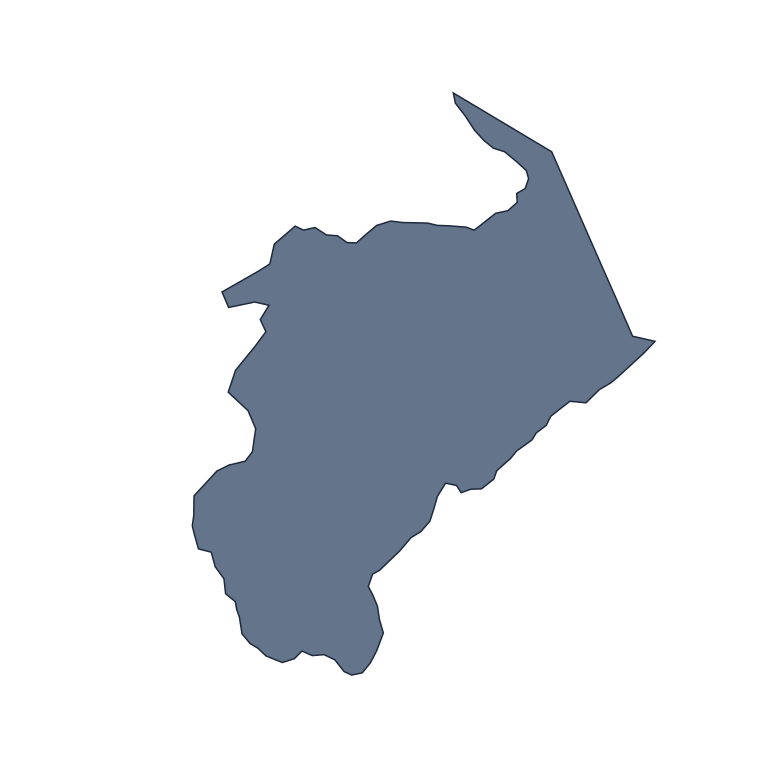 Poção, Pernambuco, Brazil (orthographic projection), rotated 309°
{"feature_id": "56859067B37622328972357", "entity_name": "Poção", "entity_type": "district", "adm_level": 2, "iso_a3": "BRA", "parent_name": "Brazil", "parent_adm1": "Pernambuco", "projection": "orthographic", "projection_center": [-36.718, -8.218], "detail": "fine", "context": "isolated", "style": "filled", "palette": "slate", "viewbox_px": 768, "rotation_deg": 309, "n_neighbors": 0, "source": "geoboundaries", "source_scale": "gbopen_adm2", "svg_char_len": 1584}
<svg xmlns="http://www.w3.org/2000/svg" viewBox="0 0 768 768"><g transform="rotate(309 384 384)"><path d="M177.6,306.7L162.1,318.9L153.2,324.2L148.1,330.8L139.1,343.6L144.6,355.6L135.8,367.7L131.9,382.2L121.3,392.9L121.3,405.4L116.2,411.2L111.6,418.6L100.5,430.9L98.0,443.4L99.3,452.1L98.4,463.6L103.6,480.3L114.1,487.2L124.8,488.3L127.8,499.2L135.9,507.7L138.7,519.4L135.4,533.9L137.5,542.1L145.9,548.9L158.7,548.9L171.7,546.3L190.1,540.2L198.1,528.7L207.1,518.9L213.0,508.0L216.8,499.2L229.0,494.8L236.6,497.8L264.2,501.3L281.7,501.7L292.3,505.5L306.2,506.0L318.4,501.3L330.3,496.2L345.7,494.3L350.8,504.2L348.1,512.4L356.7,517.5L363.8,525.7L379.2,529.2L387.6,526.2L405.5,529.2L415.2,529.2L433.7,534.2L441.8,533.1L453.9,536.1L463.9,533.9L476.3,536.7L487.6,539.4L496.5,552.8L515.1,554.9L527.9,559.6L536.5,561.3L571.6,566.5L587.7,567.8L577.6,547.1L598.2,507.4L612.6,479.3L670.0,368.2L653.8,254.7L647.2,262.7L643.4,278.5L638.1,294.9L636.1,308.6L636.1,320.6L640.4,331.6L640.2,347.5L639.4,360.3L634.5,367.2L624.7,370.7L615.6,367.2L609.0,373.2L596.6,371.2L586.9,363.3L573.3,360.3L560.3,357.3L557.6,349.1L547.6,334.6L540.8,325.6L536.5,316.6L526.3,303.4L521.3,297.0L514.9,286.7L502.6,278.5L488.6,275.8L476.4,273.8L470.7,266.5L469.9,254.6L463.6,245.4L462.2,231.9L452.9,224.6L450.8,215.6L423.7,210.7L405.5,219.7L393.2,215.6L353.6,200.2L345.7,215.1L366.3,231.9L372.8,245.1L356.2,247.3L350.3,259.3L332.1,260.1L301.2,260.0L279.6,268.1L277.7,295.2L268.5,312.4L248.5,324.4L236.6,324.7L223.6,314.6L211.2,308.9L196.5,308.0L177.6,306.7Z" fill="#64748b" stroke="#1e293b" stroke-width="1.5"/></g></svg>